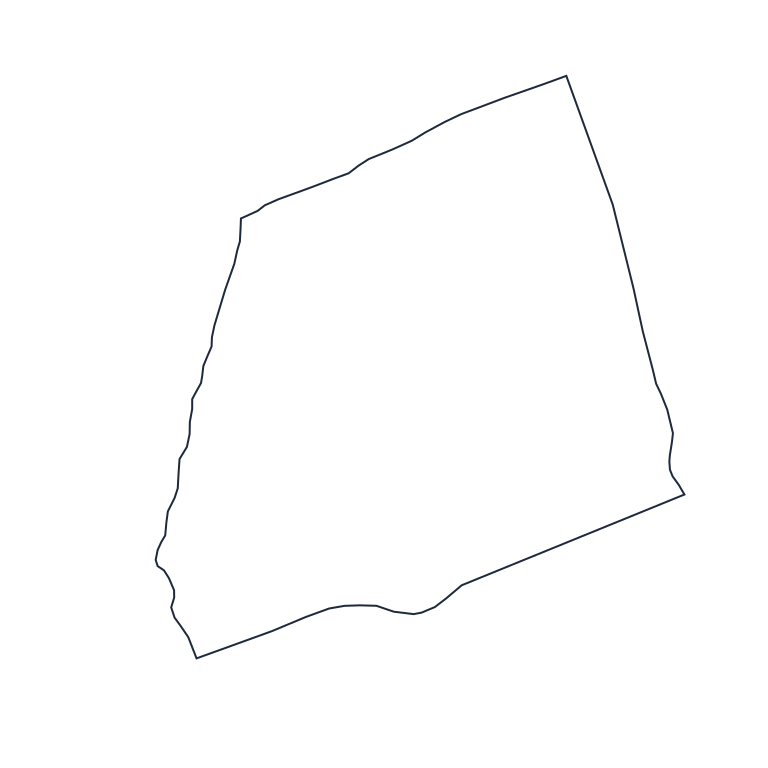 outline of Ntem, Wouleu-Ntem, Gabon, rotated 160°
{"feature_id": "22940354B82512793469031", "entity_name": "Ntem", "entity_type": "district", "adm_level": 2, "iso_a3": "GAB", "parent_name": "Gabon", "parent_adm1": "Wouleu-Ntem", "projection": "mercator", "projection_center": [11.684, 2.068], "detail": "fine", "context": "isolated", "style": "outline", "palette": "slate", "viewbox_px": 768, "rotation_deg": 160, "n_neighbors": 0, "source": "geoboundaries", "source_scale": "gbopen_adm2", "svg_char_len": 1198}
<svg xmlns="http://www.w3.org/2000/svg" viewBox="0 0 768 768"><g transform="rotate(160 384 384)"><path d="M654.0,190.3L574.1,190.1L537.4,191.8L512.3,191.8L496.8,189.0L482.5,184.3L467.0,178.2L452.7,166.7L434.8,157.6L426.9,156.3L412.5,157.0L399.1,161.2L379.8,168.3L139.5,177.4L141.5,188.3L144.4,198.5L144.6,205.7L142.4,213.5L139.8,219.2L133.1,231.3L129.3,239.0L126.6,263.0L127.1,279.8L128.2,291.1L126.5,305.7L122.8,345.0L116.9,388.1L107.7,474.3L107.3,611.2L130.9,611.2L172.9,611.7L219.2,611.2L237.0,609.5L259.1,606.3L274.7,603.1L296.3,601.5L321.4,600.6L333.2,597.9L345.2,594.1L361.1,594.1L385.2,593.7L410.4,593.7L420.1,593.7L434.9,592.7L443.5,589.9L461.7,588.5L461.8,588.5L465.6,579.2L470.7,567.2L476.3,559.6L483.5,548.2L501.1,526.8L511.1,513.4L523.2,497.2L529.7,486.8L533.2,478.2L540.0,471.0L547.6,462.7L552.1,453.7L555.6,447.5L562.8,441.3L569.4,435.4L572.8,426.1L579.4,414.8L583.8,403.4L590.7,392.3L601.8,383.4L607.3,371.0L613.5,356.5L619.7,348.6L630.7,338.2L635.9,328.2L641.4,316.5L647.3,311.7L653.5,305.4L658.7,296.8L659.0,290.3L654.5,284.1L652.5,275.1L651.8,262.0L654.2,255.1L660.4,246.8L660.7,236.1L658.0,226.8L654.5,213.0L654.0,190.3Z" fill="none" stroke="#1e293b" stroke-width="2"/></g></svg>